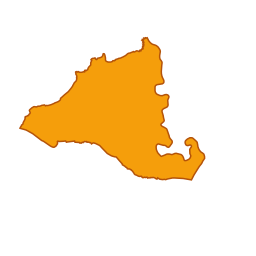 outline of Chiang Khwan, Roi Et, Thailand, rotated 46°
{"feature_id": "78962969B97176317903626", "entity_name": "Chiang Khwan", "entity_type": "district", "adm_level": 2, "iso_a3": "THA", "parent_name": "Thailand", "parent_adm1": "Roi Et", "projection": "albers", "projection_center": [103.728, 16.148], "detail": "fine", "context": "isolated", "style": "filled", "palette": "amber", "viewbox_px": 256, "rotation_deg": 46, "n_neighbors": 0, "source": "geoboundaries", "source_scale": "gbopen_adm2", "svg_char_len": 5691}
<svg xmlns="http://www.w3.org/2000/svg" viewBox="0 0 256 256"><g transform="rotate(46 128 128)"><path d="M59.9,161.5L59.1,163.2L59.1,163.7L57.8,167.1L56.4,169.7L55.5,170.8L54.9,171.2L54.7,172.0L53.4,172.1L53.1,172.3L52.9,172.9L51.9,174.1L51.5,175.3L50.6,176.9L49.8,177.5L49.7,178.0L49.3,179.1L48.3,180.0L47.8,180.3L47.2,181.0L46.7,183.2L46.6,185.6L46.7,186.5L46.9,186.8L49.2,187.8L49.5,188.7L49.4,189.6L49.7,190.2L49.6,190.8L49.7,191.4L49.4,191.6L49.2,192.7L48.6,193.8L48.6,194.4L49.0,194.8L49.3,194.8L49.9,195.9L50.2,196.2L51.2,199.4L52.2,201.1L52.2,201.4L52.0,202.0L52.0,202.7L52.4,203.3L52.8,205.2L53.2,205.9L56.9,203.7L58.7,202.7L65.8,200.5L77.0,198.8L78.9,198.0L86.3,196.5L87.9,196.1L89.5,195.4L90.3,194.8L90.6,194.3L90.7,193.5L90.9,193.1L90.8,192.8L91.0,191.9L90.6,190.9L90.4,189.7L89.7,189.1L89.2,188.3L88.8,188.3L88.7,187.6L90.1,186.7L92.9,183.4L93.9,182.0L94.2,181.9L95.4,182.2L96.2,181.0L100.3,175.5L101.2,176.0L101.4,176.0L104.7,173.0L105.1,173.2L105.4,173.1L105.8,172.6L106.4,172.2L106.5,171.9L106.4,171.3L106.6,170.7L107.3,170.5L107.3,169.6L107.6,168.5L108.0,168.4L108.9,167.2L109.2,167.1L109.7,167.4L111.0,166.0L112.1,165.6L112.2,165.3L112.6,165.1L114.1,165.3L114.3,164.2L114.8,163.1L116.6,162.1L120.4,160.7L121.5,160.5L123.5,160.6L131.9,160.6L136.4,159.3L137.6,158.7L139.6,157.5L140.4,156.8L140.9,156.6L145.4,156.9L149.9,157.1L150.3,157.5L150.6,157.6L153.4,156.8L154.3,156.9L155.5,156.4L156.0,156.5L156.9,156.8L157.7,156.3L158.0,155.8L158.3,155.5L159.2,155.1L159.6,155.2L159.9,154.9L160.6,154.7L161.0,154.9L162.0,154.7L165.0,155.2L165.5,155.4L166.6,155.3L167.9,154.6L169.3,154.2L170.7,153.5L172.0,151.9L172.3,151.8L172.7,152.1L173.1,152.0L173.7,152.0L174.1,151.8L174.3,151.6L174.7,150.5L174.9,150.3L175.6,150.1L175.8,149.5L176.3,149.1L176.5,148.5L176.9,148.4L177.4,148.6L177.8,148.6L178.0,147.9L179.3,146.7L179.5,145.8L180.4,145.3L180.9,144.3L182.4,143.4L183.3,143.3L184.7,142.8L184.9,142.6L184.9,141.9L184.5,141.5L184.5,141.3L185.1,141.4L185.5,141.0L186.9,140.7L189.1,139.0L190.3,137.4L191.3,136.8L192.1,135.0L194.8,130.8L196.2,129.3L202.6,123.4L209.4,118.4L207.6,113.1L205.5,104.8L205.1,102.9L204.7,99.7L203.8,97.3L203.1,94.0L201.5,92.6L199.5,91.6L198.1,91.7L195.9,92.2L194.1,92.1L192.5,91.8L190.0,90.7L188.1,89.3L186.3,88.2L185.7,88.1L184.1,88.1L180.5,88.4L179.8,88.6L179.1,89.1L178.0,90.3L177.2,92.9L177.1,94.5L177.2,95.7L177.6,96.4L178.2,97.1L179.0,97.6L180.1,98.0L180.7,98.0L181.6,97.7L182.3,97.1L183.2,95.3L183.6,94.9L184.3,94.7L185.1,94.9L185.6,95.6L186.0,97.6L186.4,98.6L189.5,101.3L191.4,102.0L191.9,102.5L192.3,103.2L192.7,104.2L192.8,105.9L192.1,108.1L191.7,108.9L191.3,109.4L190.9,109.8L190.3,109.9L189.7,109.7L187.8,108.7L186.2,108.2L185.2,108.1L183.9,108.3L179.7,110.9L178.9,111.9L177.9,114.4L177.5,115.0L175.4,116.4L174.2,117.6L173.6,118.5L173.1,120.1L171.6,123.7L170.9,123.9L168.0,123.9L166.5,123.8L164.9,123.3L163.1,122.5L161.1,120.9L160.2,119.6L160.1,118.5L160.3,117.7L160.6,117.2L165.0,114.6L165.7,113.9L166.4,113.4L166.9,113.2L168.9,113.0L169.9,112.4L170.2,111.7L170.1,110.1L169.8,108.8L169.6,107.3L169.0,106.1L168.3,105.5L167.7,105.2L164.9,105.0L163.3,104.6L162.5,104.0L156.5,101.2L155.7,100.9L155.0,100.9L152.9,101.4L150.4,102.3L149.1,102.3L148.5,102.1L148.1,101.4L148.2,97.7L147.7,96.7L145.3,95.3L143.4,94.0L140.3,92.4L139.3,91.7L138.9,91.0L138.8,90.4L138.8,89.1L140.0,85.5L139.9,84.3L139.3,83.2L135.7,80.2L135.4,79.8L134.5,77.6L133.8,76.7L132.9,76.4L132.1,76.4L131.5,76.6L130.5,77.2L129.7,78.3L128.5,81.0L126.9,82.4L125.1,83.2L123.7,83.7L122.9,83.8L121.2,83.4L120.0,82.7L117.5,80.3L117.0,79.7L116.7,78.9L116.7,78.2L116.9,77.2L117.7,76.0L120.1,72.6L120.3,71.2L120.0,70.4L119.1,69.5L118.2,69.0L116.0,68.3L114.1,67.5L112.1,66.2L110.4,64.7L106.3,60.1L105.1,58.6L104.3,57.8L102.8,57.4L101.2,57.2L100.5,57.0L99.1,56.1L97.8,54.8L95.5,51.7L94.7,51.1L93.8,50.7L90.8,50.1L88.9,50.3L87.8,50.6L84.8,52.2L83.7,52.5L82.0,52.7L79.6,52.5L76.4,51.5L76.1,52.3L75.4,52.5L75.1,52.8L75.0,53.2L75.3,53.5L75.0,53.7L75.1,54.0L74.6,54.2L75.0,54.4L75.0,54.7L74.7,54.8L74.6,55.2L74.9,55.7L74.5,55.7L74.2,56.2L74.7,56.4L74.7,56.8L75.1,56.5L75.5,56.8L75.6,57.1L76.1,57.1L76.3,56.7L76.6,57.0L77.3,57.0L77.3,57.5L77.2,57.6L76.9,57.4L76.8,57.9L77.5,58.1L78.1,58.7L78.4,58.3L78.9,58.6L78.9,58.8L78.4,59.2L79.4,59.4L79.2,59.9L79.3,60.7L79.5,60.8L79.8,60.5L80.0,60.5L79.8,60.9L80.2,61.0L80.2,61.4L80.5,61.6L80.4,62.0L80.5,62.2L81.4,62.1L81.5,62.4L81.4,62.6L80.8,62.6L80.7,62.7L81.0,63.7L80.8,64.2L81.5,64.9L81.4,65.1L81.0,65.1L80.8,65.5L80.4,65.5L80.5,66.1L80.9,66.3L81.0,66.5L80.3,67.2L79.4,67.4L78.9,67.9L78.4,68.3L77.8,70.5L77.4,70.9L76.8,71.0L76.4,72.2L75.8,73.4L75.7,74.0L74.5,75.9L74.3,77.0L74.2,79.4L73.3,82.6L72.8,83.8L72.6,84.6L72.0,85.6L71.6,86.0L71.1,87.5L70.2,89.1L70.4,89.8L70.1,90.2L70.3,90.5L70.2,91.0L69.1,92.1L69.2,93.4L68.4,94.8L66.7,96.5L65.7,97.0L64.6,97.3L64.1,97.3L63.6,97.1L61.9,95.5L59.5,94.0L58.4,93.6L58.0,93.6L57.6,93.9L57.4,94.2L57.4,94.4L58.4,95.9L58.7,97.4L58.5,98.1L57.7,99.9L56.8,101.2L56.7,101.7L57.0,102.5L57.0,102.9L56.7,103.3L56.2,103.4L55.8,103.4L55.1,103.0L54.6,103.1L54.3,103.9L53.3,105.1L53.0,106.2L53.2,107.2L53.9,107.0L54.1,107.0L55.2,109.5L56.8,111.1L56.9,113.9L57.3,115.3L57.8,116.0L58.0,116.4L57.8,117.2L57.7,118.2L57.3,118.6L56.7,118.6L56.5,119.1L56.7,119.7L56.9,119.9L57.4,120.0L57.5,120.2L56.5,121.1L56.0,122.3L54.5,124.0L54.2,124.2L53.1,124.4L52.9,125.3L51.9,125.5L51.3,126.7L51.5,127.0L52.3,127.2L52.8,128.0L54.6,128.5L55.0,128.9L55.4,129.0L56.0,129.6L56.0,130.0L56.5,130.4L56.9,130.5L57.8,131.9L58.2,132.8L58.1,133.2L58.2,135.4L58.5,136.1L59.1,138.2L59.4,138.7L59.9,141.5L60.4,145.7L60.0,150.6L59.9,154.3L59.8,155.7L59.8,155.9L60.7,157.0L60.8,157.6L60.6,159.7L59.9,161.5Z" fill="#f59e0b" stroke="#b45309" stroke-width="1.5"/></g></svg>